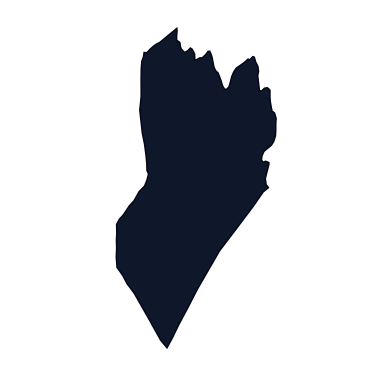 the district of Boden, Norrbotten, Sweden, rotated 281°
{"feature_id": "70781695B99694780009800", "entity_name": "Boden", "entity_type": "district", "adm_level": 2, "iso_a3": "SWE", "parent_name": "Sweden", "parent_adm1": "Norrbotten", "projection": "equal_earth", "projection_center": [21.596, 66.055], "detail": "fine", "context": "isolated", "style": "filled", "palette": "ink", "viewbox_px": 384, "rotation_deg": 281, "n_neighbors": 0, "source": "geoboundaries", "source_scale": "gbopen_adm2", "svg_char_len": 1697}
<svg xmlns="http://www.w3.org/2000/svg" viewBox="0 0 384 384"><g transform="rotate(281 192 192)"><path d="M319.8,118.4L315.3,118.6L310.7,117.8L303.2,118.7L291.6,120.8L276.0,123.9L262.5,125.1L240.4,132.0L229.7,136.4L217.9,140.3L210.2,142.5L204.5,143.7L201.4,145.9L195.1,145.5L193.4,145.2L188.8,144.3L182.2,140.0L172.4,136.8L166.3,133.1L156.5,129.0L151.4,125.9L145.8,124.2L136.4,126.2L130.4,127.0L122.2,128.8L113.6,130.1L103.7,132.8L96.8,140.0L89.5,145.9L81.7,154.5L61.0,172.3L40.6,189.5L34.3,197.2L44.5,200.4L58.8,204.2L78.0,210.1L97.3,215.7L118.2,222.9L139.4,230.2L166.0,243.3L189.6,254.8L205.4,261.7L209.7,265.2L210.8,266.2L213.3,263.4L219.0,261.4L225.3,261.7L228.4,261.9L233.6,262.2L235.6,261.8L236.2,258.4L234.7,256.0L236.9,254.0L240.8,253.8L245.4,254.8L248.1,256.8L250.9,259.2L253.1,261.0L257.0,262.5L262.9,263.2L268.2,262.5L275.0,261.2L280.3,260.5L285.3,257.9L286.8,255.0L295.6,251.6L300.4,250.3L306.8,249.1L308.7,246.2L307.7,243.3L304.2,240.9L304.6,238.8L308.3,237.6L318.7,234.3L323.1,234.3L327.6,232.8L329.8,231.3L331.8,229.6L336.2,227.5L336.5,225.9L334.3,224.5L332.3,223.0L333.2,221.7L330.8,219.9L328.2,217.8L325.5,215.2L322.0,211.8L317.6,210.0L312.8,209.0L307.6,208.7L302.5,208.3L299.7,206.6L299.0,204.5L302.1,201.7L307.2,199.0L313.7,195.0L315.8,191.8L319.0,189.6L328.3,185.9L331.0,184.3L333.6,182.6L333.0,180.9L329.6,179.3L325.7,176.5L325.1,174.0L322.6,171.1L322.2,169.5L327.5,168.4L329.7,166.9L332.2,164.9L333.0,162.9L329.7,160.8L327.5,158.2L330.4,154.1L333.1,152.6L336.4,151.6L337.3,149.8L338.0,148.0L341.7,147.2L347.2,146.6L349.7,145.9L341.9,139.4L332.9,132.0L329.9,128.3L327.4,126.1L324.1,123.6L320.0,121.0L319.8,118.4Z" fill="#0f172a" stroke="#020617" stroke-width="1.5"/></g></svg>